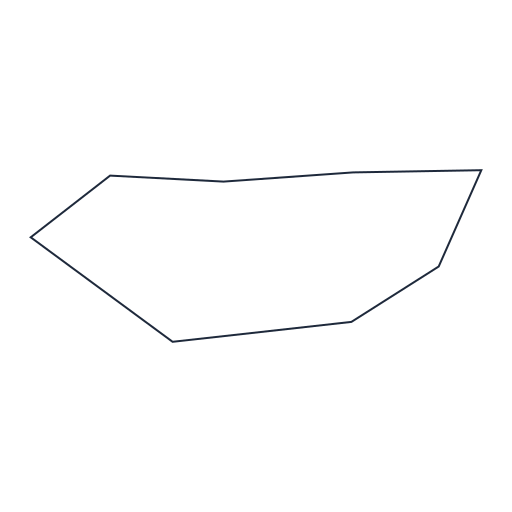 the border of Naxçıvan
{"feature_id": "AZE-2422", "entity_name": "Naxçıvan", "entity_type": "Municipality", "adm_level": 1, "iso_a3": "AZE", "parent_name": "Azerbaijan", "parent_adm1": "", "projection": "orthographic", "projection_center": [45.44, 39.213], "detail": "fine", "context": "isolated", "style": "outline", "palette": "slate", "viewbox_px": 512, "rotation_deg": 0, "n_neighbors": 0, "source": "natural_earth", "source_scale": "10m", "svg_char_len": 234}
<svg xmlns="http://www.w3.org/2000/svg" viewBox="0 0 512 512"><path d="M481.3,170.2L438.7,266.5L351.4,321.9L172.6,341.8L30.7,237.3L110.1,175.6L223.5,181.6L353.2,172.4L481.3,170.2Z" fill="none" stroke="#1e293b" stroke-width="2"/></svg>